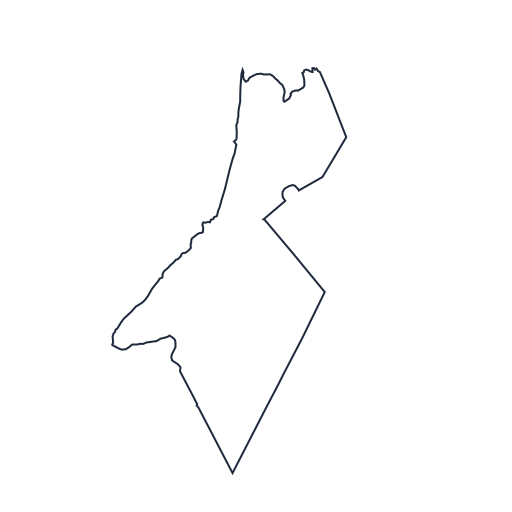 East Honiara, Capital Territory (Honiara), Solomon Islands, rotated 320°
{"feature_id": "97153195B54570082610262", "entity_name": "East Honiara", "entity_type": "district", "adm_level": 2, "iso_a3": "SLB", "parent_name": "Solomon Islands", "parent_adm1": "Capital Territory (Honiara)", "projection": "orthographic", "projection_center": [159.999, -9.437], "detail": "fine", "context": "isolated", "style": "outline", "palette": "slate", "viewbox_px": 512, "rotation_deg": 320, "n_neighbors": 0, "source": "geoboundaries", "source_scale": "gbopen_adm2", "svg_char_len": 2315}
<svg xmlns="http://www.w3.org/2000/svg" viewBox="0 0 512 512"><g transform="rotate(320 256 256)"><path d="M98.5,407.2L145.2,387.6L162.0,380.5L192.0,368.1L200.3,364.5L238.9,348.5L285.5,327.8L286.0,277.4L285.9,233.5L285.4,232.8L296.9,232.7L313.9,232.6L314.1,229.4L314.7,227.4L317.5,224.0L321.3,222.8L325.3,223.5L326.7,223.8L329.9,225.4L331.0,227.3L331.3,232.1L330.9,233.3L357.7,238.2L377.7,231.3L401.5,223.0L416.6,178.6L423.2,156.1L422.4,154.3L422.8,151.3L421.0,151.2L421.2,149.2L419.9,148.4L417.6,151.4L416.5,150.0L415.2,146.7L414.0,145.3L412.2,144.8L410.7,145.9L409.0,145.6L408.3,147.9L406.2,152.0L402.6,156.6L400.5,157.3L394.4,156.3L393.2,154.9L389.6,153.4L386.7,153.9L386.2,155.2L382.6,156.7L377.0,156.1L376.7,155.1L378.8,152.4L383.4,148.8L384.8,146.5L386.1,141.9L385.5,139.1L385.4,135.5L384.7,131.1L384.8,129.6L383.7,126.0L378.6,121.9L377.1,119.6L373.4,117.1L369.0,115.9L365.5,115.3L362.7,116.4L360.2,115.9L360.3,112.2L363.0,108.2L364.4,107.4L365.4,104.8L362.0,107.1L353.3,116.0L348.3,121.5L343.2,127.5L337.2,132.4L334.1,135.4L332.4,137.6L329.8,139.5L327.9,141.6L325.0,143.1L321.0,148.6L316.7,153.4L315.5,154.2L312.7,154.1L312.6,158.0L305.6,163.6L301.1,166.2L291.7,172.6L275.0,184.9L265.7,190.9L259.6,195.2L256.4,196.8L251.7,200.3L248.9,199.3L247.0,200.2L244.7,199.2L242.5,200.6L240.8,198.9L238.5,197.9L237.3,196.4L235.8,196.9L234.6,198.2L234.0,200.1L230.8,203.5L229.4,203.4L227.9,202.3L225.4,201.6L218.2,201.4L216.7,202.1L214.9,204.2L213.8,204.6L211.2,208.0L208.5,208.4L204.0,208.2L202.1,206.9L200.3,206.7L198.0,207.9L194.2,208.2L192.1,207.4L190.8,207.6L188.7,208.0L184.4,208.0L181.3,208.5L176.1,208.5L173.4,209.4L170.4,212.3L167.4,211.4L165.0,212.4L162.5,212.8L155.3,214.3L147.8,217.1L143.5,218.2L139.1,218.6L137.3,218.4L131.4,217.5L125.0,218.5L121.3,218.7L114.6,219.0L110.6,219.9L103.1,222.4L101.1,222.2L99.2,223.5L96.9,223.9L94.5,225.4L91.0,230.4L88.8,231.6L89.1,233.0L91.7,239.2L93.1,241.6L96.3,243.7L100.5,244.3L104.2,244.2L108.5,247.7L110.4,248.5L113.1,250.8L116.6,251.9L124.1,256.6L125.6,257.4L129.5,257.9L133.8,260.0L136.6,261.2L138.6,261.3L139.9,265.8L140.0,267.9L139.0,270.1L135.8,274.0L128.1,277.4L126.1,279.0L124.6,282.2L126.6,288.8L126.7,292.6L123.7,295.4L121.3,306.4L118.3,320.2L117.9,321.9L115.7,331.7L114.4,332.4L114.5,335.1L98.5,407.2Z" fill="none" stroke="#1e293b" stroke-width="2"/></g></svg>